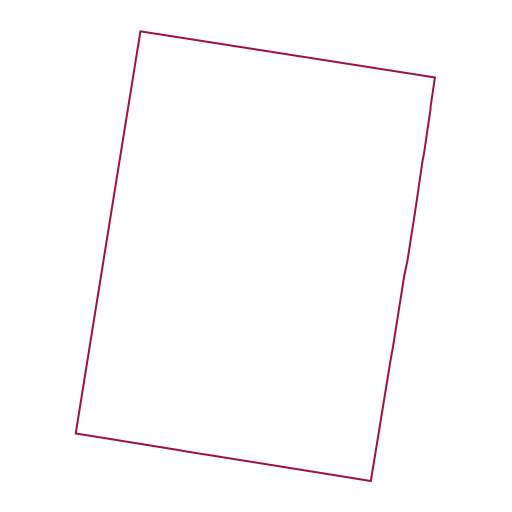 outline of Uinta, Wyoming, United States of America, rotated 279°
{"feature_id": "52423323B13546704398274", "entity_name": "Uinta", "entity_type": "district", "adm_level": 2, "iso_a3": "USA", "parent_name": "United States of America", "parent_adm1": "Wyoming", "projection": "natural_earth1", "projection_center": [-110.653, 41.287], "detail": "fine", "context": "isolated", "style": "outline", "palette": "rose", "viewbox_px": 512, "rotation_deg": 279, "n_neighbors": 0, "source": "geoboundaries", "source_scale": "gbopen_adm2", "svg_char_len": 409}
<svg xmlns="http://www.w3.org/2000/svg" viewBox="0 0 512 512"><g transform="rotate(279 256 256)"><path d="M52.0,274.3L51.7,404.6L172.9,405.2L187.5,405.5L259.2,405.5L275.2,406.3L326.4,406.2L377.5,405.6L382.8,405.9L428.7,405.4L430.3,405.1L460.3,404.8L459.8,106.7L242.8,106.1L52.5,105.7L52.5,113.0L52.2,209.5L52.0,218.3L52.0,256.7L52.0,274.2L52.0,274.3Z" fill="none" stroke="#9f1239" stroke-width="2"/></g></svg>